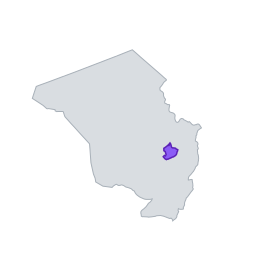 Aboudéia, Salamat, Chad shown in context, rotated 312°
{"feature_id": "50815135B13353907786726", "entity_name": "Aboudéia", "entity_type": "district", "adm_level": 2, "iso_a3": "TCD", "parent_name": "Chad", "parent_adm1": "Salamat", "projection": "albers", "projection_center": [19.686, 11.562], "detail": "fine", "context": "in_parent", "style": "filled", "palette": "violet", "viewbox_px": 256, "rotation_deg": 312, "n_neighbors": 0, "source": "geoboundaries", "source_scale": "gbopen_adm2", "svg_char_len": 4428}
<svg xmlns="http://www.w3.org/2000/svg" viewBox="0 0 256 256"><g transform="rotate(312 128 128)"><path d="M189.0,78.9L189.1,84.2L189.1,89.6L189.2,94.9L189.3,100.3L189.4,105.7L189.5,111.0L189.6,116.4L189.6,121.8L189.7,123.6L189.5,124.3L189.3,124.5L186.5,124.1L185.3,124.1L183.6,124.5L181.1,124.7L179.4,124.7L178.3,125.6L177.5,126.7L177.9,129.4L177.8,130.3L177.5,131.2L176.7,132.0L176.0,132.6L175.5,133.2L175.0,134.4L174.6,135.0L174.6,135.7L174.5,136.5L174.0,137.0L172.9,137.3L172.1,137.6L171.5,138.2L171.1,138.7L171.3,139.2L171.6,140.0L171.8,141.2L171.9,141.9L172.5,142.4L172.9,142.8L173.0,143.3L172.7,143.8L171.3,144.6L170.7,145.0L170.0,145.4L169.8,145.6L168.7,146.4L168.2,147.1L168.0,147.8L168.0,148.6L168.5,149.8L169.1,150.9L169.4,151.7L169.5,152.6L169.4,153.4L169.2,154.2L168.6,154.8L166.7,156.1L165.7,157.4L164.9,159.1L164.8,160.0L165.0,160.6L165.4,161.1L166.0,161.3L166.8,161.4L168.3,161.1L169.6,160.9L171.0,161.5L171.7,162.9L171.5,163.9L172.0,165.7L172.5,167.9L172.5,168.7L172.7,168.9L173.6,169.1L173.8,169.6L173.5,173.5L173.9,174.6L174.5,175.3L175.2,175.7L175.9,176.2L176.2,176.6L177.0,176.7L177.9,177.4L178.2,178.3L178.1,179.2L177.6,181.2L177.2,182.5L176.7,182.4L175.7,182.1L174.4,181.8L172.9,181.6L171.4,182.2L169.8,182.9L169.3,183.4L168.9,183.7L168.2,183.7L167.5,183.8L167.2,184.3L166.6,184.8L164.3,186.0L163.8,186.4L163.5,186.8L163.5,187.3L163.8,188.2L163.8,189.3L163.3,190.3L162.7,190.9L162.0,191.1L161.4,191.3L161.1,191.6L159.9,193.8L159.4,194.2L158.3,194.1L155.3,197.3L155.0,198.2L153.9,199.5L152.5,201.0L151.2,201.7L151.1,202.0L150.8,202.3L150.0,202.6L147.4,204.4L144.1,204.3L142.7,205.0L141.3,205.3L139.3,205.7L138.7,205.6L136.1,205.8L133.0,205.7L131.9,206.0L130.8,206.7L130.0,207.3L129.8,207.5L130.0,207.7L129.9,207.9L132.1,209.4L132.6,210.1L132.1,210.8L131.8,210.9L131.4,211.5L130.2,213.1L128.3,215.1L127.3,215.6L126.9,216.0L126.4,217.3L126.0,217.4L124.7,217.6L122.1,217.7L118.6,218.1L116.4,218.3L115.1,218.1L113.2,219.0L112.5,219.2L112.1,219.3L110.2,220.1L108.7,221.5L108.1,221.7L105.9,222.3L105.0,223.2L104.6,223.3L103.2,222.0L102.3,220.9L101.8,219.8L101.8,219.4L101.5,219.5L100.8,220.0L100.1,220.5L99.8,221.6L97.5,222.3L95.6,222.9L94.7,223.7L93.3,224.0L91.6,223.9L90.3,223.5L88.9,223.4L89.6,222.4L89.8,221.7L89.9,220.8L89.8,220.2L89.0,219.9L88.6,219.4L87.5,216.6L86.4,213.7L84.8,210.8L83.0,209.0L81.8,207.9L81.3,207.7L80.7,207.4L80.2,207.0L77.9,205.1L75.5,202.9L74.9,201.9L73.7,200.4L72.4,198.8L71.7,198.1L71.4,196.9L72.4,195.8L73.4,194.4L74.6,193.5L76.2,193.4L78.9,193.9L81.7,194.1L84.5,193.8L85.2,193.6L86.0,193.6L87.5,194.0L90.1,194.0L91.5,193.4L90.0,192.4L88.5,190.8L87.0,189.1L86.1,187.6L85.4,185.6L84.6,183.1L84.2,179.9L84.3,178.1L84.6,176.8L85.4,174.8L84.9,173.5L85.0,172.5L85.0,171.1L84.7,170.3L83.8,167.9L83.6,167.6L82.7,165.9L82.3,163.1L81.4,161.2L79.8,160.3L78.8,159.2L78.5,157.2L77.9,156.7L75.4,156.0L73.2,155.9L71.7,153.7L69.8,150.9L68.0,148.3L66.9,143.0L66.3,140.1L67.1,139.2L68.7,137.1L70.7,133.1L75.1,126.9L77.4,123.7L81.9,119.0L87.4,113.3L90.5,110.0L91.1,104.0L91.7,97.6L92.2,92.8L92.8,87.1L93.2,82.4L93.6,79.0L94.1,74.1L94.4,73.1L96.6,69.3L96.8,68.8L96.4,68.2L93.4,64.9L92.5,64.1L92.0,62.4L92.8,61.5L89.3,56.0L88.4,55.3L88.0,54.6L88.0,53.7L88.0,49.9L87.1,44.0L86.0,37.1L90.2,35.2L93.4,33.8L97.5,32.0L101.2,33.9L106.6,36.8L112.1,39.7L117.5,42.5L122.9,45.3L128.4,48.2L133.8,51.0L139.3,53.8L144.8,56.6L150.3,59.4L155.8,62.2L161.3,65.0L166.8,67.8L172.3,70.6L177.9,73.4L183.4,76.1L189.0,78.9Z" fill="#d9dde1" stroke="#a8b0b8" stroke-width="1"/><path d="M130.2,177.7L131.0,177.9L131.4,178.4L132.0,178.8L132.3,178.9L132.9,179.1L133.6,179.5L133.9,179.5L134.1,179.6L134.5,179.9L135.1,180.1L136.2,180.5L137.1,181.2L138.1,181.3L138.8,181.6L139.2,181.7L139.6,181.7L140.0,181.7L140.4,181.7L140.9,181.6L141.5,181.3L141.8,181.2L142.4,180.8L142.9,180.6L143.4,180.3L143.9,180.3L144.3,180.1L144.6,179.9L144.9,179.7L145.2,179.5L145.0,178.9L144.8,178.3L144.6,177.8L144.7,177.4L144.8,177.0L144.6,176.5L144.3,176.1L143.9,175.4L143.4,174.9L143.0,174.3L142.9,173.9L142.9,173.4L143.1,172.8L143.6,172.2L143.9,171.6L144.2,171.2L144.6,170.6L144.8,170.0L144.9,169.6L145.0,169.2L143.6,169.3L143.4,169.3L143.4,169.6L143.4,169.8L142.9,170.1L142.3,170.1L142.2,169.3L142.1,169.2L140.3,169.0L138.3,168.6L137.3,168.3L136.9,168.2L135.1,169.9L135.4,171.4L134.4,173.0L133.9,174.0L132.4,174.5L132.0,173.4L130.2,173.4L129.9,176.0L129.9,176.4L130.0,176.9L130.2,177.7Z" fill="#8b5cf6" stroke="#5b21b6" stroke-width="1.5"/></g></svg>